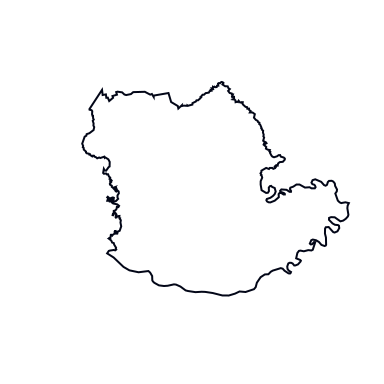 the district of Victoria, Entre Ríos, Argentina, rotated 312°
{"feature_id": "61730980B18675393261940", "entity_name": "Victoria", "entity_type": "district", "adm_level": 2, "iso_a3": "ARG", "parent_name": "Argentina", "parent_adm1": "Entre Ríos", "projection": "albers", "projection_center": [-60.159, -32.751], "detail": "fine", "context": "isolated", "style": "outline", "palette": "ink", "viewbox_px": 384, "rotation_deg": 312, "n_neighbors": 0, "source": "geoboundaries", "source_scale": "gbopen_adm2", "svg_char_len": 6080}
<svg xmlns="http://www.w3.org/2000/svg" viewBox="0 0 384 384"><g transform="rotate(312 192 192)"><path d="M89.6,170.0L90.9,177.6L90.5,191.2L91.9,197.9L96.6,206.0L104.1,212.5L104.1,214.8L102.9,218.6L99.8,221.6L99.4,222.7L99.3,224.7L100.5,229.9L103.4,234.1L106.1,236.7L111.3,240.4L112.5,242.1L114.0,246.7L114.6,253.1L115.7,255.2L119.9,261.6L124.4,266.0L126.7,268.8L130.8,275.0L135.5,283.9L139.7,288.6L145.3,292.0L149.9,293.9L153.5,298.7L161.3,303.1L163.9,303.0L168.0,300.9L174.6,300.0L179.5,301.3L182.0,303.8L185.4,303.9L187.6,304.6L194.8,308.9L195.7,310.7L195.4,313.4L196.1,318.1L197.0,319.4L197.7,319.5L198.8,319.1L198.3,316.5L198.8,314.4L200.4,312.6L203.3,311.4L204.6,311.8L205.8,313.2L206.2,314.7L205.8,317.1L206.5,317.9L209.1,319.2L212.8,319.2L213.8,318.9L213.9,317.9L212.4,313.8L217.2,311.1L219.8,310.9L221.0,311.8L222.8,314.8L226.6,317.3L228.5,319.9L229.9,320.4L237.1,317.2L236.5,316.2L233.5,316.2L232.5,315.3L232.5,314.1L236.0,312.9L237.5,313.6L239.2,316.6L239.8,319.8L239.3,323.6L240.6,326.7L241.7,327.2L242.5,327.0L247.8,322.0L250.1,318.6L253.8,315.4L255.3,315.0L257.4,317.0L256.7,323.8L257.3,325.1L260.1,326.4L263.7,325.6L265.3,323.7L265.1,322.6L263.3,320.2L262.7,317.5L263.0,312.4L264.5,311.2L266.4,312.2L268.7,315.0L269.5,321.9L271.9,323.5L275.0,324.2L278.1,324.2L279.7,323.5L283.9,318.3L286.0,316.8L288.7,316.0L287.0,312.9L283.6,310.3L283.1,308.6L283.2,306.1L286.8,299.5L289.3,299.2L290.9,298.1L292.3,294.3L293.9,292.4L294.3,290.0L293.8,288.3L291.9,286.4L290.3,286.3L287.7,287.5L286.1,287.1L285.5,285.5L286.0,281.2L283.9,275.1L281.5,273.7L278.9,274.5L278.4,276.2L279.2,278.0L279.1,279.1L278.3,280.6L276.9,280.8L274.7,278.4L274.2,276.2L270.9,273.0L269.5,266.9L267.4,264.6L263.8,263.7L261.0,262.2L259.7,262.8L259.0,265.0L258.3,265.4L257.4,264.3L256.9,260.8L253.7,256.7L251.8,256.7L251.3,257.5L252.7,260.9L252.8,262.1L252.3,262.6L251.4,261.7L251.0,259.1L249.8,257.7L248.4,257.8L246.2,260.0L240.9,259.3L236.7,257.2L235.6,255.8L235.2,254.0L235.7,252.7L236.9,252.3L240.1,254.1L243.1,254.8L245.6,254.9L248.3,253.9L250.3,250.8L249.4,248.2L249.5,246.7L248.5,246.0L246.7,246.1L244.1,248.6L242.2,248.9L240.9,247.7L239.9,242.5L243.5,238.0L246.0,235.8L249.6,234.6L250.6,233.1L250.7,232.0L251.3,232.0L251.7,230.4L253.1,230.3L254.3,229.3L259.5,231.0L260.6,233.8L261.9,233.7L263.6,235.5L263.6,236.9L265.2,237.7L266.2,236.4L267.1,236.5L267.1,237.4L268.4,236.8L268.9,238.0L270.8,236.9L272.9,237.2L275.2,239.3L278.1,239.3L279.0,238.6L279.0,237.1L277.7,234.3L278.4,232.8L277.3,231.7L275.4,231.3L272.7,229.7L272.1,228.1L272.2,226.8L273.3,223.7L274.2,223.4L274.0,222.3L275.3,221.8L274.1,219.9L273.7,217.9L275.2,217.0L275.1,214.2L275.6,213.9L278.1,214.7L278.3,213.6L276.6,213.0L278.0,212.5L277.7,210.6L280.8,209.1L281.1,207.8L282.5,207.0L283.7,204.9L285.2,203.8L285.1,202.2L285.8,201.5L285.8,200.6L286.4,200.4L287.7,197.5L287.5,196.5L288.6,195.7L288.2,194.3L288.8,193.1L288.3,191.2L288.7,188.3L291.9,186.6L291.6,183.8L289.8,181.8L291.4,181.4L291.2,179.7L292.1,178.6L290.9,177.4L291.9,176.2L291.1,174.8L291.1,171.6L291.4,170.5L292.7,169.6L291.9,168.7L291.3,168.7L290.7,167.7L291.0,165.6L289.6,166.0L289.3,165.2L287.9,164.3L289.1,163.0L289.2,161.8L288.3,160.5L289.5,160.8L290.9,159.5L290.4,158.6L289.4,158.4L289.7,157.8L291.9,157.1L291.3,156.3L291.8,155.7L290.8,153.7L291.3,151.2L293.8,151.2L293.5,149.7L294.4,147.8L292.8,145.9L292.3,142.7L294.1,142.4L294.1,141.3L293.4,140.2L291.5,140.0L291.0,139.1L290.0,138.8L288.6,140.4L287.7,139.5L286.5,140.1L285.5,139.2L285.3,138.2L284.4,138.1L284.2,137.2L282.9,138.3L282.5,137.7L282.3,138.7L281.2,137.8L280.6,138.5L280.2,137.6L279.5,138.2L278.8,137.6L277.1,138.0L274.6,136.0L272.3,135.8L271.4,134.8L269.6,134.8L268.8,135.4L268.2,134.8L267.4,135.5L264.1,135.1L263.1,134.0L261.8,134.3L258.4,132.9L257.2,133.8L253.4,131.3L253.3,130.6L252.9,130.9L250.7,128.1L248.9,126.8L249.5,126.4L244.9,126.0L246.4,123.9L244.9,116.3L249.8,108.3L238.0,99.0L237.0,99.9L238.0,96.6L236.4,95.8L234.9,89.9L226.9,81.5L223.9,81.1L220.0,78.2L219.2,76.5L219.3,73.4L216.7,69.5L215.5,68.8L214.1,71.1L210.1,68.7L209.2,70.3L204.2,69.6L205.8,66.3L204.7,65.3L206.9,62.7L204.3,60.7L207.7,56.8L185.0,60.3L184.6,60.8L185.6,62.6L185.3,63.8L182.9,65.7L182.0,67.2L182.3,67.5L180.6,69.2L180.1,70.5L178.5,70.6L177.1,73.0L175.4,74.3L174.8,75.9L172.2,77.4L167.0,76.4L164.5,75.0L163.1,75.8L161.3,75.2L154.4,78.1L153.4,80.3L152.2,80.9L152.3,82.0L151.1,83.2L151.1,86.2L150.4,86.8L150.3,87.8L151.5,89.8L151.1,90.6L151.8,91.1L151.4,92.0L151.7,94.1L152.8,94.1L153.4,95.0L153.0,95.9L153.6,97.4L153.6,99.0L155.5,99.9L155.9,101.1L159.6,103.2L159.1,104.1L159.6,104.1L160.3,107.9L159.3,110.7L155.8,113.7L154.7,113.4L150.4,113.9L149.6,112.7L150.2,111.0L146.7,113.2L146.6,114.3L148.3,115.8L148.1,117.0L149.0,117.7L147.9,120.1L148.0,121.5L146.6,122.0L147.0,123.0L146.7,124.7L145.7,124.7L145.5,123.8L144.8,124.4L145.0,125.3L143.2,125.4L142.6,126.1L143.0,128.2L142.1,129.0L142.3,130.5L144.1,131.5L142.1,131.6L142.0,133.1L144.1,132.0L144.6,132.4L143.4,134.7L142.0,133.9L141.5,134.7L141.7,135.5L143.3,135.7L143.3,137.1L142.1,138.5L139.6,138.9L138.0,140.4L137.5,141.7L134.2,141.5L132.6,140.4L132.5,139.7L135.4,137.8L135.0,136.8L133.8,136.1L133.3,137.5L132.6,137.6L132.7,136.2L132.1,135.5L132.1,132.6L131.3,132.6L131.3,133.8L128.8,134.9L129.6,135.9L131.0,135.4L131.5,135.9L130.9,136.5L131.4,137.1L130.4,137.5L131.4,138.2L131.2,139.3L130.6,139.4L130.7,141.1L132.8,144.7L132.9,147.1L131.5,147.4L130.7,146.1L129.1,147.2L127.2,147.4L125.8,146.6L125.2,148.0L124.7,147.5L124.3,148.2L123.1,147.7L121.7,148.5L122.0,149.0L123.6,148.5L125.1,149.4L124.8,150.8L123.8,151.0L123.0,152.1L122.2,152.0L122.0,152.5L122.7,153.0L123.9,152.6L125.6,154.1L124.2,155.1L124.4,156.1L123.7,156.3L123.4,158.0L121.4,159.3L119.1,162.4L114.8,164.2L112.9,163.3L111.1,164.3L109.8,162.9L111.4,162.7L112.0,161.4L111.4,160.8L110.7,161.1L111.2,162.0L110.2,162.5L107.1,161.8L106.4,160.9L105.9,161.5L105.5,160.6L103.5,161.9L102.9,161.5L102.7,162.1L101.7,161.5L101.9,164.4L101.0,166.5L101.7,168.0L100.8,169.4L99.8,172.8L99.1,173.0L98.6,174.2L97.3,174.0L96.5,172.6L93.3,170.0L92.5,169.6L89.6,170.0Z" fill="none" stroke="#020617" stroke-width="2"/></g></svg>